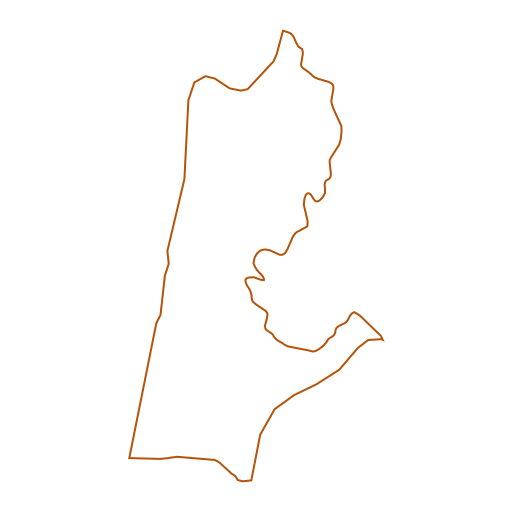 map outline of Haifa (Robinson projection)
{"feature_id": "ISR-3054", "entity_name": "Haifa", "entity_type": "District", "adm_level": 1, "iso_a3": "ISR", "parent_name": "Israel", "parent_adm1": "", "projection": "robinson", "projection_center": [35.08, 32.637], "detail": "fine", "context": "isolated", "style": "outline", "palette": "amber", "viewbox_px": 512, "rotation_deg": 0, "n_neighbors": 0, "source": "natural_earth", "source_scale": "10m", "svg_char_len": 2578}
<svg xmlns="http://www.w3.org/2000/svg" viewBox="0 0 512 512"><path d="M382.7,339.8L381.4,339.2L368.2,340.0L357.9,347.9L339.3,369.7L316.4,384.3L294.2,395.0L274.7,409.1L260.2,434.7L251.3,480.4L251.0,480.4L242.9,481.3L237.8,480.1L237.0,478.8L236.2,477.5L235.3,476.2L233.8,475.0L231.4,473.5L219.7,462.7L216.6,460.8L214.2,459.9L177.3,456.8L170.2,457.7L168.6,458.1L160.1,458.9L129.7,458.1L129.3,458.1L133.3,438.0L156.3,323.3L160.5,314.9L164.9,275.6L168.7,263.8L167.4,250.9L184.4,179.1L188.4,100.2L194.4,82.4L205.4,76.2L214.8,78.5L229.7,88.4L241.0,90.6L247.6,89.2L273.6,61.3L276.8,53.8L283.0,30.7L284.6,31.2L289.8,32.9L291.8,34.4L293.6,36.8L296.2,42.7L297.7,45.4L299.0,47.1L302.0,49.0L302.6,50.8L302.9,53.5L301.0,64.4L301.4,66.1L302.5,67.8L308.6,72.1L310.7,73.9L311.7,75.0L314.0,76.9L315.2,77.6L317.9,78.8L328.8,81.9L331.4,83.4L332.6,84.4L333.3,86.2L333.4,89.0L331.4,100.0L331.3,101.7L332.1,104.9L333.6,109.2L341.3,125.9L341.5,128.5L341.5,132.0L340.7,139.2L339.8,142.5L339.0,144.9L331.7,156.4L331.6,156.5L330.9,157.5L329.8,160.0L329.6,161.7L330.9,174.0L330.5,176.8L329.5,178.5L325.8,180.8L325.0,182.4L324.6,184.8L325.0,189.2L325.0,191.2L324.9,193.0L323.8,195.5L322.1,197.9L320.1,199.9L319.0,200.8L317.7,201.4L316.4,201.4L315.2,200.9L314.3,199.9L313.4,198.7L311.2,195.0L310.1,194.0L309.0,193.3L307.6,193.4L306.4,194.1L305.7,195.2L304.6,198.2L303.9,203.5L303.9,205.1L307.5,220.7L307.6,224.3L307.1,226.5L296.5,232.3L295.4,233.2L294.5,234.3L292.9,236.7L287.4,249.3L285.1,252.9L284.0,253.9L282.7,254.6L281.2,254.9L279.7,254.7L270.1,250.4L266.9,249.7L265.0,249.5L263.3,249.7L261.7,250.1L260.3,250.7L259.2,251.4L257.1,253.5L256.3,254.7L254.8,257.2L254.4,258.7L253.7,261.9L253.6,263.7L254.8,266.5L257.0,270.1L262.9,276.5L264.0,279.0L263.8,280.2L260.4,279.7L256.3,278.1L254.3,277.4L252.6,277.3L249.2,277.5L247.7,277.9L246.3,278.6L245.5,279.7L245.5,281.7L246.6,284.7L249.8,289.8L250.9,292.9L251.6,295.5L251.6,297.3L251.8,299.0L252.3,300.5L252.9,301.8L256.0,304.4L265.9,311.1L267.0,312.6L267.5,314.5L267.0,318.1L265.3,324.3L265.0,325.9L265.2,327.6L265.6,329.1L266.9,330.4L271.7,333.5L273.1,335.1L274.0,336.8L275.4,338.6L277.6,340.4L282.3,343.1L284.7,344.8L288.0,346.4L309.5,350.6L311.0,351.1L312.6,351.5L314.9,351.2L317.8,349.9L322.8,346.3L324.9,344.0L326.4,342.2L327.1,340.8L327.8,339.7L329.1,338.5L333.1,336.0L334.3,334.5L335.2,332.8L335.4,331.1L335.7,329.6L336.3,328.2L337.3,327.2L338.5,326.2L345.1,322.9L346.3,322.0L347.2,320.9L348.0,319.7L350.1,315.6L351.9,313.5L353.1,312.8L354.3,312.2L357.7,314.2L360.1,315.8L380.9,335.9L382.7,339.8Z" fill="none" stroke="#b45309" stroke-width="2"/></svg>